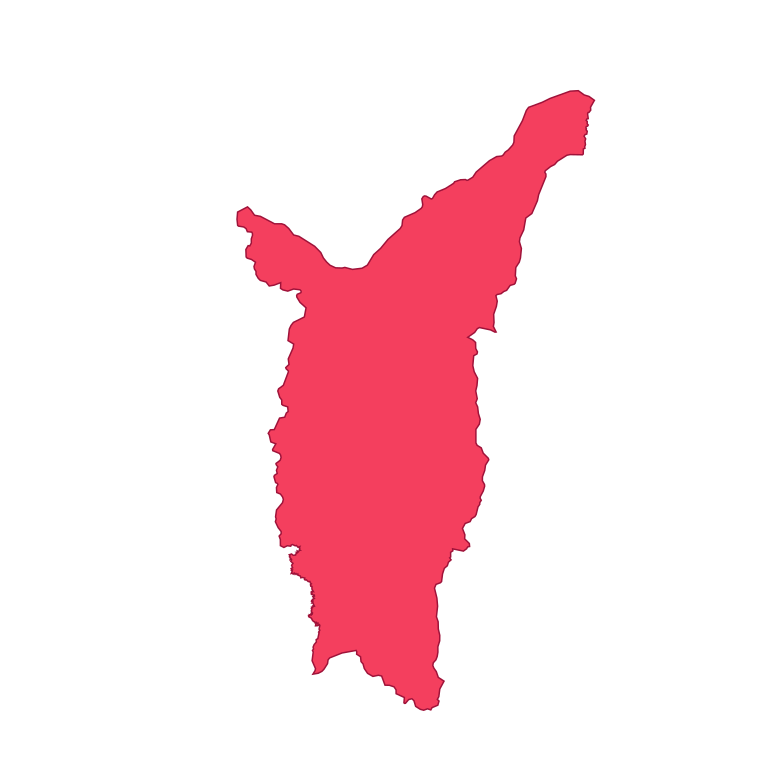 Pak Chom, Loei, Thailand, rotated 8°
{"feature_id": "78962969B8993470391858", "entity_name": "Pak Chom", "entity_type": "district", "adm_level": 2, "iso_a3": "THA", "parent_name": "Thailand", "parent_adm1": "Loei", "projection": "orthographic", "projection_center": [101.94, 17.928], "detail": "fine", "context": "isolated", "style": "filled", "palette": "rose", "viewbox_px": 768, "rotation_deg": 8, "n_neighbors": 0, "source": "geoboundaries", "source_scale": "gbopen_adm2", "svg_char_len": 6149}
<svg xmlns="http://www.w3.org/2000/svg" viewBox="0 0 768 768"><g transform="rotate(8 384 384)"><path d="M341.2,597.2L343.0,599.4L341.6,599.4L340.8,600.2L341.7,600.8L341.1,602.0L341.7,602.5L342.7,602.2L343.7,603.1L344.4,602.8L344.6,603.7L343.5,603.7L343.0,604.4L344.9,606.1L343.3,607.1L343.7,608.5L342.5,608.4L342.4,609.3L343.6,609.8L343.1,610.9L344.2,610.7L345.2,612.6L344.8,613.1L345.6,613.0L346.1,613.7L343.4,615.1L344.1,615.7L343.3,616.5L344.0,617.7L343.5,618.9L344.4,620.0L344.0,620.7L345.0,620.7L345.0,621.8L344.2,622.8L343.7,622.1L342.9,623.0L342.2,622.9L342.4,623.6L341.5,623.8L341.8,624.9L344.8,626.1L345.7,627.6L347.2,629.0L348.4,629.1L348.9,630.1L350.3,629.4L350.8,630.2L352.0,630.0L352.0,630.8L349.9,630.9L349.8,633.0L352.1,632.5L353.6,631.3L354.1,632.1L353.8,635.8L354.7,636.7L353.8,638.8L354.3,639.1L353.9,645.3L352.4,646.6L352.9,648.9L351.1,651.7L350.4,654.4L351.1,656.3L350.2,657.8L351.2,659.2L351.3,668.0L355.8,675.4L355.6,677.5L354.0,681.2L359.1,679.6L362.5,677.2L364.2,674.9L367.0,668.8L367.0,665.0L368.3,662.8L379.9,656.2L393.5,651.7L394.3,653.0L394.5,655.4L398.7,657.3L399.9,662.1L402.2,664.1L404.1,668.5L408.0,672.8L413.7,675.1L419.0,673.2L422.3,673.5L426.9,682.1L431.3,681.6L436.1,682.5L438.5,685.2L439.1,689.0L447.8,691.6L448.1,696.9L448.7,697.4L449.7,697.2L452.3,693.1L455.4,691.8L457.7,693.4L460.2,698.8L465.2,701.1L468.7,701.5L472.3,699.6L475.7,700.2L476.6,697.8L482.0,694.6L482.6,690.3L480.7,688.9L481.8,686.0L481.7,678.2L484.8,669.9L478.6,667.0L475.8,661.5L472.9,658.4L471.5,655.9L471.6,653.2L473.8,649.9L474.6,646.4L474.7,642.0L473.9,636.8L474.9,630.6L474.2,625.1L471.9,619.1L470.7,611.9L468.3,607.2L468.0,596.6L466.2,588.7L462.4,579.1L463.4,575.2L467.6,572.9L468.5,571.6L468.4,563.9L469.4,558.1L472.0,555.2L472.6,551.5L474.9,548.8L473.2,547.0L474.1,546.0L473.4,541.4L475.4,539.6L474.9,537.7L485.9,538.4L488.7,535.7L489.5,533.7L491.4,533.0L490.7,530.1L485.4,526.1L485.1,522.1L481.8,516.1L483.8,510.8L488.4,508.3L489.5,505.1L492.5,502.6L493.4,500.5L494.2,492.6L495.6,489.8L495.3,488.3L496.5,485.6L495.1,483.7L495.0,482.2L497.2,476.1L497.9,471.2L497.5,469.5L494.9,466.1L494.4,462.2L495.8,455.6L495.8,450.2L498.3,444.5L497.6,443.0L491.9,438.7L489.2,433.7L484.8,431.8L483.2,429.5L481.3,416.1L484.0,410.5L484.2,405.6L481.6,400.1L479.9,393.6L477.4,389.8L478.4,385.6L475.8,378.1L476.3,372.7L475.9,365.4L471.6,359.3L469.4,353.5L468.9,343.5L471.9,341.3L472.1,339.2L469.9,336.1L468.9,330.1L465.9,328.0L460.4,326.1L466.6,320.3L468.7,316.2L470.6,314.8L482.0,315.6L486.7,317.2L487.8,316.9L484.3,311.8L484.4,307.8L482.9,299.7L484.5,291.5L484.6,286.2L482.5,280.9L483.6,279.6L487.3,278.3L489.8,275.7L492.4,274.2L495.2,268.8L499.0,267.1L499.8,266.1L500.6,261.4L499.0,258.7L498.3,250.3L501.0,244.5L501.6,240.2L501.2,230.7L498.3,224.3L498.3,220.3L500.9,212.0L501.3,199.9L506.7,194.6L510.4,181.2L510.8,174.9L515.5,156.1L515.1,153.5L513.7,151.9L514.1,150.3L518.7,145.5L522.4,142.9L524.7,139.3L533.3,132.0L536.4,130.9L548.6,129.4L549.3,128.5L548.7,123.5L550.2,122.6L549.7,121.3L550.2,118.9L549.2,115.5L549.6,113.2L547.6,110.7L548.5,108.9L550.0,108.3L550.1,105.4L548.7,104.1L548.9,103.1L548.3,102.3L548.5,100.8L549.7,100.3L550.2,99.1L549.0,98.1L548.7,95.7L547.5,94.8L548.1,93.2L549.3,92.8L548.0,88.1L548.3,86.8L549.2,86.5L550.6,84.1L550.0,81.1L552.9,73.8L547.0,70.7L542.0,69.9L535.6,66.5L527.6,68.1L508.7,78.1L501.5,83.0L488.7,89.9L486.9,93.3L484.4,104.1L478.4,120.2L479.0,126.5L478.2,129.4L474.5,134.9L471.7,137.6L470.2,140.6L468.8,141.9L463.9,143.1L457.4,148.1L445.8,161.3L443.1,166.9L438.8,170.4L437.8,170.8L436.2,170.2L431.4,171.1L425.8,173.9L425.0,175.6L417.6,181.9L409.9,186.4L407.8,189.5L406.2,193.5L405.1,194.2L399.5,192.1L398.0,192.1L396.8,192.9L395.7,195.4L397.4,201.0L397.3,203.2L396.3,205.0L390.9,210.0L381.0,216.1L379.6,219.0L379.8,224.6L378.4,227.8L367.8,240.3L361.8,250.1L355.8,257.3L351.0,268.6L346.2,272.4L336.8,274.9L329.0,274.0L326.4,275.0L319.9,275.7L314.0,273.9L310.2,271.2L306.4,267.6L303.1,262.6L296.2,257.3L279.2,249.6L273.8,249.0L268.0,243.2L263.4,240.2L260.4,239.6L253.3,240.6L238.3,235.2L232.3,234.9L227.8,230.1L224.2,227.6L215.1,234.1L215.5,241.3L217.0,247.3L217.9,247.9L223.2,248.0L225.8,249.3L227.5,252.2L231.9,252.0L232.7,253.1L233.1,255.0L232.4,258.8L233.0,262.9L231.9,265.9L230.2,265.9L228.5,270.0L229.8,277.4L231.0,278.4L235.4,279.1L239.8,281.3L238.9,285.7L239.7,288.1L241.6,290.3L242.0,293.3L244.8,296.9L247.1,298.6L253.0,299.4L256.7,302.9L261.4,301.4L267.6,298.0L268.2,303.7L270.8,304.9L275.8,305.4L281.3,302.5L287.7,302.4L288.8,303.3L289.2,304.4L288.8,305.3L285.6,307.2L285.2,308.6L285.6,310.1L289.5,314.9L296.2,319.4L295.8,328.7L285.7,335.6L283.8,338.9L282.6,342.7L282.9,354.4L289.0,357.0L288.9,361.1L285.7,372.5L287.2,377.9L284.4,381.4L284.9,382.5L287.4,384.3L287.6,385.4L284.5,399.3L280.3,403.4L279.8,405.7L282.6,411.7L284.9,414.0L285.6,418.4L287.0,419.2L291.8,420.0L292.9,424.6L291.3,426.4L290.3,430.7L285.3,432.3L281.7,444.4L277.9,445.2L276.2,449.0L277.4,450.3L280.0,457.1L285.2,458.3L282.8,464.3L283.1,465.5L290.2,467.3L291.5,468.8L292.3,471.1L291.8,474.0L288.1,477.7L288.4,478.8L290.4,480.8L289.5,484.4L290.7,487.5L288.2,489.7L287.9,491.1L290.4,496.7L292.2,497.3L292.9,498.2L291.9,501.5L292.9,506.4L296.8,507.4L299.3,510.0L300.4,512.3L300.0,515.7L295.1,523.7L295.1,530.7L296.0,532.6L295.6,535.5L299.2,541.0L302.7,544.4L303.0,546.6L301.3,549.2L303.0,552.4L303.9,558.5L307.6,559.8L310.8,557.6L314.2,557.6L314.6,556.3L315.8,555.7L318.6,556.6L319.7,556.1L321.5,557.6L323.3,556.7L322.9,558.0L323.5,558.3L323.3,559.6L324.2,560.3L323.4,560.4L322.7,561.8L321.4,561.4L321.9,562.5L320.9,562.8L321.7,563.1L320.1,564.9L320.2,565.7L318.0,566.3L316.1,565.2L313.9,566.3L314.9,567.4L314.4,568.3L315.5,569.2L315.5,570.9L316.4,570.2L317.0,570.9L316.4,572.6L318.8,574.2L317.7,576.4L319.1,578.7L317.8,579.6L318.4,580.1L318.2,580.8L318.9,580.9L318.3,581.5L319.2,582.0L318.5,584.5L319.4,584.1L320.5,584.9L321.3,583.7L322.4,584.9L323.2,583.9L324.5,584.9L325.1,584.2L325.6,585.3L327.9,585.8L328.6,587.5L330.1,586.9L332.6,587.2L332.4,588.5L333.2,589.1L334.3,588.7L336.5,590.2L338.1,589.9L338.6,591.1L339.9,592.0L339.1,592.9L339.6,594.4L340.8,594.5L341.2,597.2Z" fill="#f43f5e" stroke="#9f1239" stroke-width="1.5"/></g></svg>